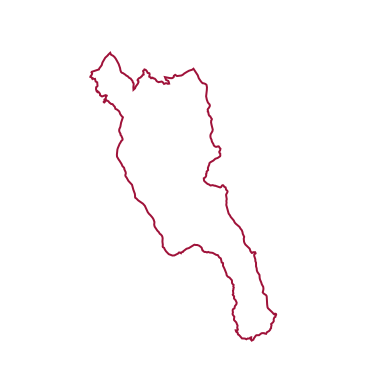 North Pentecost, Penama, Vanuatu, rotated 157°
{"feature_id": "77236927B73444068942664", "entity_name": "North Pentecost", "entity_type": "district", "adm_level": 2, "iso_a3": "VUT", "parent_name": "Vanuatu", "parent_adm1": "Penama", "projection": "natural_earth1", "projection_center": [168.162, -15.542], "detail": "fine", "context": "isolated", "style": "outline", "palette": "rose", "viewbox_px": 384, "rotation_deg": 157, "n_neighbors": 0, "source": "geoboundaries", "source_scale": "gbopen_adm2", "svg_char_len": 6052}
<svg xmlns="http://www.w3.org/2000/svg" viewBox="0 0 384 384"><g transform="rotate(157 192 192)"><path d="M240.6,337.7L239.7,336.8L239.5,335.1L238.8,335.4L238.3,334.6L237.6,334.1L237.1,334.0L237.5,331.4L236.4,330.0L237.5,326.6L238.0,326.2L239.3,325.9L240.2,324.1L240.4,322.0L239.9,320.7L239.5,320.5L239.2,321.0L238.6,319.8L238.4,318.1L238.8,316.9L237.5,315.1L233.7,314.9L232.8,314.1L232.8,313.9L234.0,313.4L234.6,312.1L235.3,311.6L236.5,311.3L236.8,310.1L238.1,309.4L238.0,309.0L237.8,308.7L237.3,308.8L236.6,309.4L236.1,309.6L235.4,310.5L235.1,310.5L234.9,309.5L234.1,309.0L233.4,308.0L233.2,306.8L232.0,304.6L230.8,303.9L230.2,301.6L229.8,300.7L230.0,298.5L228.7,297.0L227.7,295.1L227.5,294.1L227.6,291.5L226.9,288.8L226.4,287.8L230.2,283.5L232.5,280.0L234.4,278.2L235.0,277.1L235.3,276.0L235.1,273.3L235.5,272.6L235.1,271.2L235.1,268.4L235.3,267.6L235.7,267.1L237.5,266.4L238.3,265.6L239.7,264.7L243.1,261.4L244.1,260.2L245.8,257.1L246.6,255.6L247.2,253.8L246.8,250.4L246.5,249.2L245.9,245.3L245.9,243.0L245.1,241.0L245.1,240.2L245.4,239.4L245.3,236.2L245.8,234.7L246.8,233.6L247.0,232.2L246.6,231.0L246.2,227.1L244.4,222.1L245.1,217.0L245.3,212.7L245.9,210.7L246.4,209.6L246.4,208.7L245.8,207.9L244.8,205.3L241.7,200.4L240.8,197.7L240.6,190.7L240.1,188.7L239.3,186.8L238.4,183.9L238.1,181.8L238.3,179.1L239.6,176.6L239.9,174.7L239.0,170.0L238.2,168.0L238.0,166.2L237.3,165.1L236.8,163.6L236.8,162.3L237.1,160.9L238.6,157.9L239.5,154.8L240.3,153.3L240.3,152.6L239.5,151.5L239.5,149.9L239.1,147.6L237.7,143.9L234.9,141.2L233.0,140.5L228.8,140.8L227.8,141.4L227.3,141.3L226.1,140.0L225.6,140.6L223.8,140.4L223.4,140.8L219.2,141.9L216.8,141.6L210.9,142.5L210.3,142.5L209.2,141.7L207.8,141.1L206.4,139.8L205.4,138.1L204.9,137.0L205.2,134.2L204.8,133.9L204.7,133.1L204.0,132.0L202.8,131.5L201.8,130.5L200.5,130.5L199.4,129.4L197.2,128.2L196.5,127.6L194.3,124.7L192.9,123.8L192.5,121.2L191.5,119.7L191.5,119.1L192.2,115.5L191.3,114.7L191.4,113.9L192.3,112.0L192.1,109.3L192.2,103.6L192.6,102.0L192.3,100.5L191.8,99.6L190.9,98.6L189.8,95.2L189.9,94.7L190.7,92.6L190.5,91.2L190.0,90.2L190.9,88.9L190.9,87.6L191.7,86.9L192.1,85.8L192.8,85.3L193.7,82.2L194.6,81.6L194.6,81.1L194.1,79.9L194.1,79.2L194.9,77.8L194.9,77.3L194.2,75.5L194.1,72.8L194.7,71.7L195.2,71.2L197.1,70.2L198.4,68.3L200.0,68.1L200.6,67.5L201.0,66.7L201.3,65.3L202.3,63.9L202.4,63.1L201.8,60.6L203.1,58.5L203.3,57.6L202.2,54.7L202.3,52.7L202.2,51.4L203.5,49.2L203.5,48.0L203.6,47.4L204.0,47.1L205.1,46.7L205.5,47.5L205.8,47.6L205.9,46.4L205.7,45.5L205.0,45.0L205.0,44.1L205.3,43.2L205.1,42.5L204.6,42.0L204.1,40.6L203.2,37.7L200.5,36.4L199.5,35.2L197.9,35.4L196.6,34.7L195.0,35.2L194.3,35.1L195.4,33.0L195.1,31.9L193.2,32.1L192.3,33.0L189.3,34.9L188.3,34.9L186.3,34.0L183.3,34.8L182.4,34.6L180.8,33.9L180.7,33.6L179.2,32.5L177.9,33.6L175.5,33.9L173.8,34.7L173.2,35.5L172.4,35.8L171.9,36.9L170.8,38.4L170.8,39.5L168.3,40.4L167.2,41.2L166.5,43.0L166.0,43.6L165.1,44.4L164.0,44.5L163.4,45.4L162.5,46.1L162.4,46.5L162.4,47.0L162.7,47.3L163.4,47.6L164.1,47.3L164.5,47.9L165.1,49.8L167.5,55.4L167.5,56.5L166.8,59.0L164.1,66.5L164.0,67.4L164.2,68.2L165.8,70.7L166.1,72.0L164.6,74.0L163.9,75.4L163.5,76.9L163.8,79.7L163.6,81.9L163.6,84.7L163.3,86.4L162.3,89.3L163.0,92.7L163.0,94.3L162.3,96.5L162.1,98.5L160.7,101.9L160.7,103.5L160.0,105.4L159.7,108.9L159.3,109.9L158.9,110.3L157.5,110.6L157.4,111.0L157.4,111.9L157.6,112.0L159.0,112.6L159.5,112.7L160.2,112.4L160.8,112.6L161.3,114.5L161.1,117.4L163.4,122.8L163.6,124.7L163.5,126.0L162.6,128.8L161.5,130.3L161.6,133.8L161.2,135.3L161.1,137.3L161.7,139.5L161.9,141.3L164.0,145.5L164.6,147.2L164.7,149.5L166.1,154.0L166.2,155.7L166.7,157.8L165.5,166.7L164.3,168.8L163.9,170.3L162.8,171.9L161.9,175.6L161.5,176.4L160.2,177.4L159.3,178.2L159.0,178.8L159.2,179.7L159.7,180.8L159.3,183.1L160.2,184.1L160.6,185.8L160.9,186.2L161.9,186.2L163.3,185.2L164.3,185.2L168.4,188.9L168.9,189.0L170.2,190.2L172.5,190.8L173.5,192.4L174.4,193.2L175.0,194.2L176.4,197.2L176.4,198.1L175.8,200.0L174.0,200.3L172.9,201.1L172.2,202.1L172.1,203.0L171.2,203.7L170.5,205.1L168.6,205.9L168.0,207.9L166.4,209.6L165.6,210.3L164.7,211.7L163.4,212.2L160.0,212.6L157.5,213.5L155.1,213.3L152.2,213.9L151.8,214.3L151.0,216.4L151.4,217.3L151.3,218.2L151.0,218.6L150.0,219.2L148.9,220.7L149.3,221.9L149.5,223.4L150.0,223.8L151.8,224.0L152.7,224.5L153.4,225.5L153.7,226.4L153.6,228.0L153.9,229.8L153.9,231.2L153.6,232.4L153.7,234.6L153.2,236.4L152.3,237.8L149.4,240.0L148.5,241.4L147.8,246.0L147.3,248.5L146.4,250.3L145.6,250.8L145.2,251.4L145.6,253.4L145.6,254.5L146.2,255.2L146.4,256.6L145.8,259.2L146.1,259.8L145.7,260.2L145.4,261.7L144.9,262.2L143.2,263.1L141.9,264.3L141.6,265.7L142.2,267.4L142.4,268.3L142.3,271.1L141.6,274.6L138.6,279.9L137.3,282.6L136.8,284.9L137.4,286.2L138.8,287.5L139.6,287.9L140.2,289.0L140.7,290.8L141.3,294.0L141.1,297.2L142.5,304.9L144.1,304.5L147.2,304.8L149.5,304.6L152.8,304.1L154.7,303.5L156.3,303.4L160.5,304.6L161.7,306.4L163.3,306.0L163.9,305.0L164.6,304.7L166.0,304.6L167.7,305.4L172.0,308.3L172.1,305.3L170.5,303.6L170.4,302.5L170.7,300.7L171.9,301.0L172.6,301.8L173.7,302.4L175.5,302.4L176.0,304.4L176.7,305.5L179.9,306.2L181.2,307.8L181.5,309.6L182.1,311.0L183.2,311.7L183.4,312.4L183.8,312.7L184.1,312.9L184.6,312.6L185.2,312.7L185.8,314.4L186.3,314.9L185.0,316.9L184.9,318.0L186.3,319.0L186.3,320.6L186.9,322.5L187.9,323.4L188.5,322.9L189.5,322.7L189.8,322.4L189.8,321.1L190.5,319.9L190.6,319.0L191.9,318.9L193.0,318.1L193.8,318.0L194.6,317.5L196.2,317.5L197.3,317.1L198.4,316.3L198.4,315.5L198.0,315.1L198.3,314.1L199.5,312.9L202.7,311.0L203.9,309.7L205.9,309.0L205.0,311.5L203.7,313.7L203.3,314.9L203.6,316.0L203.4,317.4L204.2,320.5L205.1,321.4L206.0,323.7L207.0,324.8L207.4,325.8L209.0,328.3L210.0,329.2L210.4,330.2L210.3,332.1L209.8,334.2L209.5,338.5L210.1,344.4L210.6,346.5L211.4,348.2L212.9,350.1L212.9,352.1L215.7,351.0L216.0,350.7L219.4,349.5L223.8,346.2L225.6,344.0L229.2,341.9L229.8,341.2L237.3,341.8L237.8,341.4L237.6,340.2L237.9,339.7L238.6,339.0L240.0,338.3L240.6,337.7Z" fill="none" stroke="#9f1239" stroke-width="2"/></g></svg>